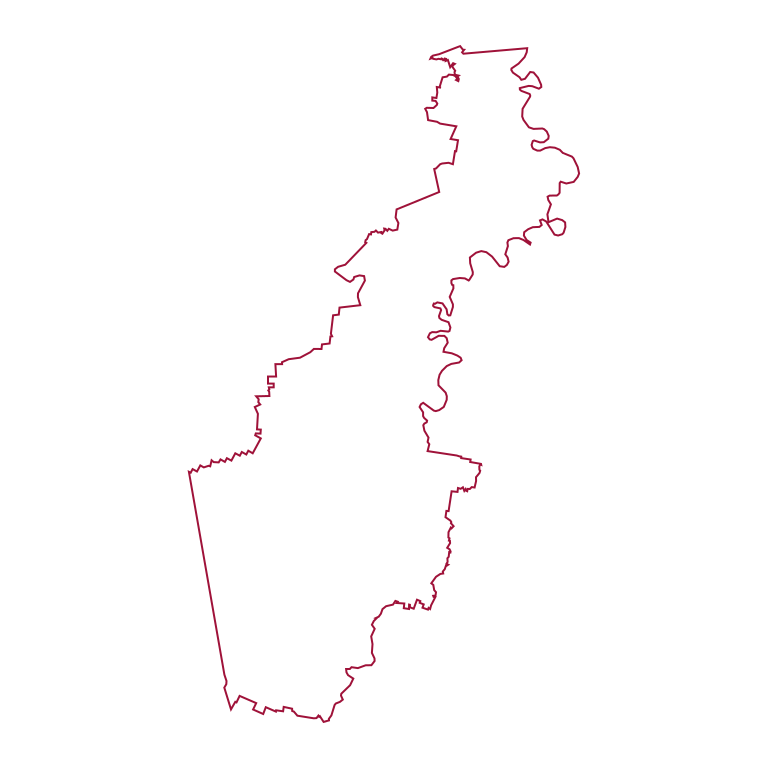 outline of José Azueta, Veracruz, Mexico
{"feature_id": "50627088B48315621116970", "entity_name": "José Azueta", "entity_type": "district", "adm_level": 2, "iso_a3": "MEX", "parent_name": "Mexico", "parent_adm1": "Veracruz", "projection": "orthographic", "projection_center": [-95.673, 18.138], "detail": "fine", "context": "isolated", "style": "outline", "palette": "rose", "viewbox_px": 768, "rotation_deg": 0, "n_neighbors": 0, "source": "geoboundaries", "source_scale": "gbopen_adm2", "svg_char_len": 6056}
<svg xmlns="http://www.w3.org/2000/svg" viewBox="0 0 768 768"><path d="M224.4,674.7L226.5,681.0L226.3,684.2L224.3,687.6L231.0,709.4L235.3,701.8L236.5,702.4L239.6,695.9L256.2,703.1L253.1,709.5L263.2,714.0L265.8,707.2L275.9,711.6L276.1,710.3L283.1,711.3L283.7,706.9L292.1,708.7L292.2,711.0L293.9,711.6L297.4,715.7L313.8,718.3L316.5,718.1L318.4,715.6L319.2,716.8L319.9,716.2L323.6,721.9L329.0,720.4L328.9,718.8L331.4,715.4L334.6,705.0L335.8,703.5L339.9,701.9L342.8,699.6L341.0,695.6L341.3,693.7L350.1,685.2L353.3,678.6L348.1,675.2L346.5,672.4L346.1,669.0L349.8,669.0L351.5,667.2L357.9,668.1L365.6,665.3L371.4,665.2L374.6,661.0L374.5,658.4L371.9,652.9L372.5,644.1L371.2,636.4L374.7,628.8L371.9,624.8L373.8,621.0L376.4,618.4L375.7,618.1L378.7,616.7L380.9,613.7L382.5,609.1L386.1,606.2L393.0,604.6L395.4,600.9L397.7,601.7L396.7,603.0L404.3,603.5L403.8,608.2L409.0,609.0L409.1,604.6L409.9,604.8L409.9,607.3L413.7,608.7L417.0,599.7L420.3,601.1L419.7,602.8L423.7,604.4L422.5,607.7L428.0,609.6L428.6,607.9L430.1,609.0L431.1,605.3L435.3,597.1L433.6,596.9L433.2,595.8L435.5,595.6L436.0,592.2L434.2,590.1L433.3,584.9L431.3,583.3L436.0,576.8L440.4,573.9L443.2,573.5L442.8,571.5L444.8,569.1L446.1,565.1L446.1,566.1L448.2,564.7L446.4,563.9L447.6,561.9L447.4,558.3L448.7,556.8L449.2,552.1L450.4,552.5L450.6,551.5L449.6,549.3L447.2,547.8L450.1,543.1L449.9,540.8L448.9,540.6L449.5,538.3L448.4,537.5L448.5,532.2L450.8,527.6L451.5,528.4L453.6,526.2L450.9,523.2L451.3,522.1L450.4,520.6L445.5,517.2L446.4,510.9L448.6,511.1L451.6,491.3L457.5,491.9L458.0,488.0L460.7,488.8L462.9,487.3L464.3,490.9L465.5,489.2L465.9,490.6L467.2,491.2L467.6,488.9L469.8,489.0L471.7,487.1L474.6,487.5L476.1,481.0L476.0,477.2L479.5,473.0L480.2,470.7L479.4,469.8L479.3,466.4L480.3,464.4L481.2,464.8L481.0,463.9L470.2,462.0L470.6,459.5L461.2,458.1L461.3,455.8L460.8,456.8L456.7,455.5L427.6,451.1L429.3,444.2L427.6,441.9L428.5,437.6L424.4,430.7L423.3,425.2L424.3,423.6L426.7,422.3L427.1,420.6L424.1,417.9L423.1,416.1L423.1,412.3L419.6,407.0L420.9,404.3L423.2,402.8L433.8,410.6L435.8,411.1L439.2,410.1L443.8,406.9L446.7,399.8L446.8,396.2L445.6,392.6L438.5,385.3L438.3,380.1L439.6,374.7L442.0,370.8L446.7,366.1L451.3,363.9L459.1,362.5L461.6,360.2L460.6,357.7L457.4,355.6L451.8,353.3L443.5,351.8L444.2,348.2L447.7,342.7L446.7,338.2L444.4,335.9L438.7,335.8L431.6,339.8L429.7,339.4L428.0,337.2L429.9,333.3L432.2,332.1L436.4,332.3L440.6,330.8L448.2,331.6L449.5,331.0L450.4,327.5L448.5,322.2L441.6,319.8L439.4,318.0L439.0,316.1L441.1,310.1L440.4,308.4L434.4,307.1L433.1,305.8L433.3,304.7L433.9,303.5L435.0,303.8L437.3,302.4L442.5,303.4L446.6,309.3L447.4,314.3L448.8,315.5L450.3,315.3L452.9,307.0L452.9,304.3L449.7,296.9L453.4,288.4L453.3,285.2L452.2,284.9L451.4,283.1L451.4,280.4L453.0,279.1L459.7,278.0L464.9,278.4L468.7,280.5L469.3,279.9L472.7,274.5L472.8,272.1L470.2,263.3L469.9,257.5L476.1,252.7L481.3,251.1L486.4,252.2L492.1,256.6L499.7,266.2L504.3,266.9L506.9,264.9L508.6,261.7L507.6,257.5L505.3,254.3L507.9,246.1L507.4,242.5L508.4,240.2L513.5,238.2L518.9,238.1L523.5,240.0L530.0,244.5L530.6,242.6L526.6,240.0L523.9,235.6L524.2,232.2L528.2,229.2L532.8,227.2L539.4,226.9L540.4,226.1L541.7,225.0L540.0,220.4L542.5,219.4L546.2,221.5L554.5,234.6L558.1,235.5L562.3,234.2L563.6,232.7L565.4,227.0L565.1,222.4L562.2,220.1L557.1,218.6L548.5,222.2L547.4,214.3L550.9,204.3L548.3,200.0L547.6,196.7L549.6,195.6L556.9,195.5L558.4,194.4L559.6,192.8L559.7,183.1L560.7,181.7L566.3,183.5L573.7,181.9L577.7,176.9L579.1,173.5L577.7,167.0L573.5,158.3L571.9,156.6L562.8,152.9L559.8,149.8L554.9,147.7L549.9,147.2L545.2,148.1L540.2,150.6L537.3,150.6L533.3,148.8L532.3,147.3L531.6,144.9L532.8,141.1L534.1,140.5L540.0,142.4L543.8,142.2L548.3,138.7L548.7,135.9L546.8,131.6L544.2,129.2L542.4,128.5L533.5,128.9L528.9,127.3L523.5,119.9L522.2,116.5L522.6,108.8L530.1,96.6L530.2,95.3L529.6,94.0L521.4,90.9L519.9,89.6L519.8,88.1L528.7,85.9L532.3,86.2L538.9,88.7L541.3,87.0L541.1,84.7L538.0,77.7L533.6,72.5L530.2,72.0L525.0,78.8L521.3,79.8L519.5,77.2L512.9,72.6L511.3,69.9L511.5,68.5L518.6,63.6L524.6,57.1L526.7,52.3L527.2,48.2L463.4,53.7L462.1,52.3L464.1,49.8L462.9,49.7L460.1,46.1L439.1,54.2L433.0,55.6L431.2,56.9L430.4,58.7L432.6,57.9L433.1,58.8L436.4,59.4L438.6,58.8L441.1,59.3L441.5,58.5L442.7,59.0L443.1,60.2L444.5,60.2L444.8,58.6L446.1,58.9L445.8,60.9L447.9,60.0L450.2,67.2L453.1,63.2L454.8,63.9L452.6,65.6L452.6,67.1L455.2,70.8L454.5,72.1L454.9,74.7L458.7,75.6L457.5,76.5L458.8,79.0L458.3,81.1L456.1,80.0L457.4,78.9L455.4,76.2L453.1,75.0L448.9,74.6L446.9,76.6L442.6,77.3L439.5,87.3L441.0,87.7L436.8,87.0L437.3,92.6L436.4,98.0L432.3,97.4L432.3,100.6L435.6,100.9L437.3,103.6L436.8,105.0L433.5,108.0L426.8,107.8L425.2,108.8L427.0,112.2L428.1,120.1L437.1,121.8L440.1,123.6L456.3,126.3L450.6,139.0L458.0,140.2L456.2,151.3L455.0,151.1L452.9,164.2L448.6,162.8L442.2,163.5L440.2,164.2L436.1,168.4L434.2,169.0L439.2,192.0L396.6,209.4L395.6,217.5L398.4,223.0L397.3,229.6L392.7,230.6L388.8,228.8L387.3,230.8L385.5,228.8L384.2,228.6L384.6,230.3L382.4,233.7L381.3,233.1L381.3,232.0L378.0,232.6L375.9,230.5L374.5,231.8L371.3,232.1L371.0,234.4L369.1,234.1L367.0,239.1L365.6,240.2L365.2,242.3L366.3,242.9L345.3,264.7L338.1,266.8L334.9,269.3L334.9,271.5L346.5,280.2L350.0,281.9L353.4,279.5L354.2,277.0L359.5,275.4L364.1,276.1L364.9,280.6L358.0,293.3L357.9,297.1L360.3,305.2L339.5,307.6L338.8,314.6L333.1,315.3L330.9,333.8L332.1,336.3L330.4,336.5L329.6,343.5L322.0,344.4L321.5,349.0L313.9,348.9L310.3,352.2L300.0,357.7L288.7,359.2L282.0,362.2L282.1,364.1L275.4,364.1L276.1,376.5L268.0,376.5L268.0,383.6L273.7,383.6L273.7,387.3L268.8,387.3L269.3,389.5L268.3,390.4L269.2,391.8L269.4,396.0L256.2,396.3L258.7,399.3L258.3,402.1L260.2,404.5L254.8,407.0L257.9,413.8L257.0,429.4L260.8,429.6L260.5,433.6L255.8,433.4L255.2,435.3L260.8,438.4L252.7,453.3L248.3,450.7L246.3,454.5L241.8,452.0L239.8,455.7L235.3,453.3L231.4,460.6L226.9,458.2L224.9,461.9L220.5,459.4L218.7,462.4L213.7,462.1L211.6,460.3L210.2,466.3L208.6,465.8L203.8,467.4L200.3,465.4L197.0,471.5L192.6,469.1L190.7,472.7L188.9,471.8L224.4,674.7Z" fill="none" stroke="#9f1239" stroke-width="2"/></svg>